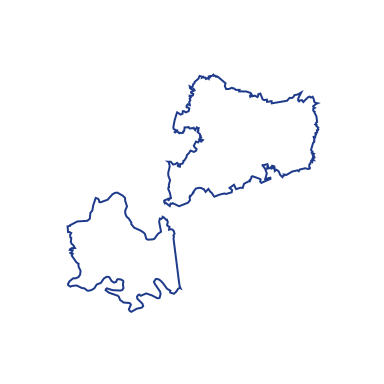 Chalma, Veracruz, Mexico (Albers equal-area conic projection), rotated 122°
{"feature_id": "50627088B44662139516293", "entity_name": "Chalma", "entity_type": "district", "adm_level": 2, "iso_a3": "MEX", "parent_name": "Mexico", "parent_adm1": "Veracruz", "projection": "albers", "projection_center": [-98.357, 21.198], "detail": "fine", "context": "isolated", "style": "outline", "palette": "blue", "viewbox_px": 384, "rotation_deg": 122, "n_neighbors": 0, "source": "geoboundaries", "source_scale": "gbopen_adm2", "svg_char_len": 6047}
<svg xmlns="http://www.w3.org/2000/svg" viewBox="0 0 384 384"><g transform="rotate(122 192 192)"><path d="M150.3,238.4L150.4,237.8L149.6,237.4L148.4,237.4L148.2,238.0L147.6,237.4L148.6,235.8L148.9,234.0L148.2,233.8L147.5,232.0L146.3,230.9L145.3,231.6L144.4,231.0L141.1,232.5L139.6,230.0L138.7,229.4L139.4,227.6L137.5,225.4L137.3,223.9L136.9,224.0L137.8,222.1L134.7,222.2L134.9,221.6L134.3,220.1L136.6,219.7L136.7,219.1L138.1,219.1L138.8,215.8L139.7,215.2L139.9,214.3L140.9,214.4L140.9,213.3L143.1,213.8L142.2,210.4L144.4,210.9L144.5,213.1L146.7,213.1L147.1,215.3L151.8,215.0L152.7,213.5L153.1,210.9L154.7,210.4L157.0,211.6L157.7,215.2L160.7,215.2L163.3,215.9L165.6,215.1L169.1,215.2L170.3,215.8L170.9,215.2L172.9,215.1L174.5,216.7L177.0,215.7L177.5,217.5L177.3,218.0L175.7,217.8L175.2,220.1L177.1,220.9L178.7,222.5L177.6,226.0L178.9,228.2L178.9,227.6L182.0,224.5L188.4,222.3L190.8,220.6L193.7,216.8L198.1,215.5L200.1,214.0L200.6,214.4L202.1,213.7L204.2,210.6L208.3,206.6L209.8,208.1L210.3,207.3L211.3,207.5L211.2,209.1L213.4,210.7L214.1,211.0L215.3,210.2L215.9,209.0L215.1,208.9L215.7,203.4L213.2,204.1L212.8,202.9L211.7,202.5L210.9,195.4L203.2,189.7L199.9,189.4L197.7,191.3L196.6,191.6L196.6,191.1L191.9,190.4L191.8,190.9L187.2,190.6L184.9,188.5L183.6,186.0L183.7,184.3L183.3,183.6L184.7,180.5L180.7,179.7L182.2,176.4L182.2,175.0L184.1,171.0L184.0,170.4L179.9,167.5L176.1,163.8L175.7,162.2L171.3,158.2L169.1,159.0L168.6,162.3L163.6,160.2L166.2,156.1L162.7,153.2L161.7,151.2L157.4,152.2L152.4,149.3L152.4,148.7L151.2,148.8L151.1,149.3L149.0,149.0L147.6,149.6L146.6,149.2L144.8,140.9L145.3,140.3L147.1,139.7L147.5,138.0L139.3,132.4L138.4,133.2L142.1,136.8L136.6,138.4L133.6,142.2L131.6,147.2L131.8,146.0L128.4,142.8L129.9,141.1L130.0,141.6L132.5,140.7L129.3,137.5L128.9,138.1L127.3,138.0L126.8,136.6L129.1,136.4L128.4,135.9L128.6,135.3L127.6,134.9L130.3,132.9L128.4,132.2L128.5,129.6L130.9,126.0L131.4,123.2L130.4,123.5L129.0,122.5L128.5,123.3L127.4,120.9L121.6,117.9L117.6,113.9L117.8,112.5L115.8,112.5L111.9,108.6L111.0,105.9L110.1,104.7L109.1,104.7L108.6,105.9L106.3,107.1L105.4,106.6L104.5,107.1L102.7,107.0L102.8,105.9L101.4,106.5L101.7,107.4L100.9,107.3L100.4,105.9L100.0,107.1L97.8,106.4L97.3,107.2L98.3,107.9L96.8,108.3L96.8,108.8L95.1,108.8L95.8,110.1L95.1,110.3L95.2,111.2L94.1,111.0L93.3,113.3L86.3,115.3L84.7,114.9L84.2,115.6L83.2,115.6L80.9,117.9L80.4,116.5L78.6,117.4L77.6,117.2L77.1,118.4L76.4,118.5L75.2,117.4L73.5,118.7L73.3,118.2L72.2,117.9L71.3,118.9L70.5,119.0L70.2,121.4L69.2,121.7L69.4,123.3L68.1,123.1L67.3,123.5L66.3,123.0L61.9,126.6L59.7,130.3L58.9,130.5L58.9,131.9L58.3,132.7L57.1,133.2L55.7,132.5L55.8,133.7L55.1,134.7L51.7,133.5L50.2,132.5L50.9,134.5L50.6,136.3L48.9,137.7L47.3,140.2L48.9,141.2L48.8,142.9L50.4,143.9L56.7,145.3L55.8,147.4L57.4,149.1L58.4,149.3L57.8,150.8L55.8,151.6L49.7,152.1L53.1,153.9L55.7,156.5L57.3,156.3L59.3,157.0L60.4,159.1L64.3,159.8L74.5,171.3L72.8,172.7L75.8,176.1L74.0,177.5L75.8,179.4L76.0,181.2L72.3,186.2L74.0,187.6L75.3,186.9L76.8,186.8L77.0,189.8L78.6,191.2L77.8,192.4L78.1,192.1L80.4,193.0L79.7,193.8L77.5,193.4L77.0,194.8L78.0,199.3L81.7,205.3L80.2,205.8L82.2,209.0L81.9,211.6L82.6,212.6L82.5,213.4L85.1,215.3L86.6,217.6L84.8,220.3L82.0,221.2L80.6,231.0L81.0,231.6L80.7,232.2L81.5,232.7L81.1,234.0L81.9,235.0L81.2,236.0L83.2,236.7L83.8,237.9L84.9,238.8L85.4,237.7L85.9,238.3L87.1,237.8L86.8,238.9L87.6,239.1L88.0,240.2L88.4,239.8L88.8,240.1L88.0,241.2L88.7,242.8L88.3,243.3L89.6,244.1L88.8,244.3L89.6,247.0L92.6,246.6L97.3,248.1L98.6,247.6L100.0,248.1L102.6,247.3L103.5,247.8L103.6,249.9L104.9,248.7L105.2,247.7L104.9,246.0L103.7,245.3L104.5,243.7L107.7,245.8L108.4,245.2L108.2,242.9L109.5,242.4L110.4,242.9L111.6,245.1L112.1,244.9L112.6,243.1L114.2,243.4L115.1,242.0L117.1,242.1L119.4,239.9L119.9,242.1L121.6,242.3L123.0,241.5L122.3,239.6L122.6,238.5L125.3,237.7L127.8,239.5L127.7,241.8L128.3,242.6L130.8,241.5L132.4,242.7L132.3,246.8L133.5,246.6L140.5,244.7L147.1,242.1L148.3,240.8L148.1,239.1L148.8,237.8L150.3,238.4ZM312.9,252.7L313.0,250.1L314.3,249.6L315.8,248.1L317.8,244.8L321.4,243.1L324.3,243.2L326.7,244.8L328.3,247.1L332.8,248.6L335.8,248.4L336.7,247.4L336.7,245.0L335.2,243.9L332.4,240.3L331.8,234.6L330.7,232.1L331.1,228.5L330.4,227.2L328.3,225.2L325.4,223.8L321.0,223.8L317.3,221.1L312.0,220.9L309.2,219.5L308.1,217.6L308.2,216.8L310.1,213.0L310.1,210.1L308.5,208.7L306.2,209.1L305.1,208.6L303.8,205.7L303.8,203.4L304.5,202.6L307.0,201.6L309.8,199.2L312.0,199.2L313.5,200.4L317.4,207.5L318.8,213.1L319.6,213.5L321.0,213.3L321.4,209.1L319.3,200.0L319.6,198.5L321.6,195.9L322.0,191.5L319.3,186.3L319.4,185.1L320.0,184.1L324.9,183.4L325.8,181.9L325.8,180.0L320.1,176.9L316.8,173.4L314.7,172.9L313.0,174.8L311.5,181.8L309.8,183.2L307.7,183.0L306.9,182.3L307.2,180.5L302.3,177.1L300.9,171.1L300.5,165.5L300.2,164.5L299.0,163.4L295.1,164.6L293.3,166.4L289.6,174.9L288.3,176.7L285.2,176.6L284.5,176.1L283.7,173.7L283.9,171.4L284.6,168.5L287.3,161.9L287.1,158.1L288.4,157.7L288.8,156.8L287.8,153.4L285.1,152.6L281.6,152.5L279.8,151.7L279.7,150.7L278.6,152.4L275.0,155.5L241.3,183.0L239.5,183.6L238.8,184.7L236.7,184.7L234.8,186.7L234.2,188.6L234.9,190.4L236.1,191.5L233.4,192.7L233.7,194.1L233.3,195.6L230.3,196.6L228.8,198.6L229.3,199.0L228.5,202.2L228.6,203.7L229.5,203.3L231.1,203.8L231.6,205.2L234.8,204.0L242.1,197.2L245.6,198.7L251.6,199.1L252.9,200.1L255.8,204.1L255.9,206.0L252.5,209.7L252.0,211.7L252.0,215.5L252.9,222.2L251.4,226.5L250.1,227.2L247.9,231.8L247.8,233.5L246.9,235.6L245.1,237.6L243.1,238.8L238.6,239.5L235.0,243.9L232.5,245.7L231.8,248.7L232.1,255.0L233.5,256.8L236.0,258.2L243.3,259.5L249.2,264.1L249.6,265.3L248.1,266.7L247.5,268.1L248.1,270.5L256.0,268.6L260.5,266.7L263.6,267.1L268.8,264.5L271.9,265.5L277.7,273.6L284.8,277.8L285.3,277.5L287.1,279.3L291.7,275.8L290.9,274.7L290.8,272.7L292.8,272.7L295.0,271.1L295.0,270.0L298.6,268.3L299.7,266.7L300.0,264.6L301.5,261.6L303.3,264.2L305.2,265.1L305.9,265.0L304.7,262.3L306.6,262.0L308.2,262.9L308.4,262.4L307.7,260.4L309.7,260.2L312.9,252.7Z" fill="none" stroke="#1e3a8a" stroke-width="2"/></g></svg>